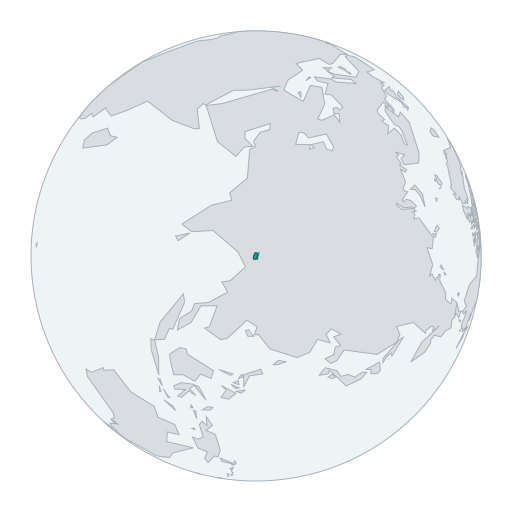 globe centered on Rangpur, rotated 80°
{"feature_id": "BGD-5492", "entity_name": "Rangpur", "entity_type": "Division", "adm_level": 1, "iso_a3": "BGD", "parent_name": "Bangladesh", "parent_adm1": "", "projection": "orthographic", "projection_center": [88.983, 25.892], "detail": "fine", "context": "on_globe", "style": "filled", "palette": "teal", "viewbox_px": 512, "rotation_deg": 80, "n_neighbors": 0, "source": "natural_earth", "source_scale": "10m", "svg_char_len": 11949}
<svg xmlns="http://www.w3.org/2000/svg" viewBox="0 0 512 512"><g transform="rotate(80 256 256)"><circle cx="256" cy="256" r="225" fill="#eef3f6" stroke="#a8b0b8"/><path d="M337.9,46.1L337.2,45.9L347.0,52.2L356.7,57.3L349.4,54.3L372.3,66.9L381.9,75.2L367.0,64.1L362.3,61.8L366.7,66.2L362.9,64.9L362.8,66.5L357.8,64.8L349.4,59.2L346.0,58.1L349.4,61.4L346.5,62.3L342.1,57.5L336.5,58.7L321.6,51.0L313.8,42.1L301.4,38.8L282.6,32.9L280.2,33.0L271.5,31.8L265.5,31.6L263.7,31.2L260.5,31.6L263.3,32.1L262.8,32.6L259.5,32.8L256.7,32.0L257.9,31.8L255.4,31.7L255.3,31.4L253.5,31.6L250.4,31.1L248.6,32.0L242.1,32.0L241.3,31.6L247.8,31.1L254.2,30.7L271.3,31.2L288.3,33.1L305.2,36.1L321.7,40.5L337.9,46.1ZM364.6,61.7L361.7,59.4L365.8,62.1L364.6,61.7ZM363.7,67.1L365.7,68.2L364.8,68.6L363.7,67.1ZM356.3,66.6L354.2,67.2L354.9,65.5L356.3,66.6ZM249.0,30.8L247.7,31.0L237.1,31.5L237.4,31.5L249.0,30.8ZM352.1,66.9L347.2,69.1L351.3,71.6L336.9,66.2L345.8,65.8L346.0,63.2L348.6,65.6L352.1,66.9ZM265.6,32.2L262.5,31.7L268.1,32.1L265.6,32.2ZM269.3,32.4L287.3,34.1L290.2,35.4L283.6,34.3L289.9,36.4L282.5,36.1L277.4,35.0L276.9,34.0L274.5,34.7L269.3,32.4ZM329.7,63.2L327.3,63.1L328.2,62.2L329.7,63.2ZM263.0,32.8L266.4,32.8L269.2,33.9L263.0,34.1L264.1,33.6L263.0,32.8ZM295.1,37.2L296.1,38.3L290.4,38.3L290.0,38.8L282.6,36.2L295.1,37.2ZM261.8,33.5L259.7,34.2L255.4,34.0L259.9,32.9L261.8,33.5ZM272.6,34.2L273.6,34.8L271.0,34.5L272.6,34.2ZM239.0,34.3L243.0,33.9L244.8,34.3L239.0,34.3ZM259.3,34.5L260.8,34.6L261.9,34.9L259.7,35.3L259.3,34.5ZM279.1,36.6L276.5,36.5L281.8,37.6L277.7,38.0L273.5,36.4L273.6,37.2L272.4,37.4L270.3,35.9L279.1,36.6ZM261.0,36.6L254.2,35.3L246.5,35.7L244.6,35.2L257.4,34.7L261.0,36.6ZM266.7,36.3L262.7,36.3L262.5,35.5L265.0,35.0L266.7,36.3ZM276.5,39.0L283.8,38.8L284.5,39.2L276.5,39.0ZM258.8,36.9L260.5,37.2L258.3,37.0L258.8,36.9ZM271.1,38.4L273.6,38.2L274.3,38.7L271.1,38.4ZM261.8,38.3L259.6,37.8L261.2,37.3L261.8,38.3ZM266.1,38.5L266.5,39.2L263.1,37.5L267.1,38.3L266.1,38.5ZM271.4,38.9L272.6,39.1L270.2,38.9L271.4,38.9ZM256.8,40.7L252.2,38.7L255.8,37.5L259.8,39.6L256.8,40.7ZM58.2,148.1L73.9,130.7L71.9,137.7L79.9,147.3L79.9,150.8L72.4,159.4L73.3,183.1L81.2,177.8L88.4,194.1L97.4,199.8L112.0,182.7L97.4,172.8L101.3,161.9L118.1,161.8L131.8,171.4L133.8,167.6L130.5,154.4L139.1,150.2L130.0,149.5L129.6,154.5L123.9,154.5L123.9,150.0L126.9,148.5L124.4,144.4L110.5,153.7L108.6,159.8L98.5,155.1L94.4,165.2L89.7,167.3L94.9,151.2L98.6,146.9L103.5,127.7L98.7,131.6L93.7,150.4L92.8,147.5L86.3,154.1L90.6,146.9L97.4,126.4L91.9,122.7L75.4,133.4L74.1,131.0L77.5,123.6L93.1,107.2L94.0,114.7L99.6,110.0L107.6,99.7L107.2,103.2L110.5,100.2L111.7,103.1L121.4,99.8L123.8,102.3L135.4,94.7L138.2,95.2L130.5,99.4L126.5,104.0L133.4,111.4L137.0,110.9L144.0,105.6L145.0,108.7L150.9,102.7L158.7,105.1L154.1,97.5L162.2,92.1L171.1,90.6L172.9,87.7L158.4,90.4L153.3,92.8L150.3,97.0L135.8,103.7L131.7,102.7L143.8,91.3L139.4,89.0L150.7,81.9L183.1,77.5L192.6,79.6L191.9,94.1L185.2,96.3L182.1,91.9L177.8,100.8L181.6,97.7L182.4,100.6L190.4,97.0L191.3,99.0L197.3,92.5L199.4,94.5L195.6,98.6L209.1,95.9L215.5,99.6L218.1,98.1L219.1,95.5L226.6,102.4L228.2,101.0L226.3,98.2L228.2,93.9L234.6,89.3L236.8,91.9L234.8,93.9L234.1,102.5L228.5,108.0L230.1,108.7L235.5,104.5L236.4,94.0L239.5,90.5L240.1,95.2L240.1,93.2L242.4,92.3L246.8,94.1L246.7,88.9L268.7,78.2L279.4,81.3L277.4,86.1L295.2,83.5L305.9,88.6L304.1,85.8L311.5,83.5L308.3,81.8L308.0,80.4L325.4,75.5L331.2,76.9L336.8,73.0L335.9,71.8L331.8,70.4L336.9,66.2L351.3,71.6L352.6,74.1L360.7,76.4L362.5,82.0L367.8,88.1L365.0,93.9L369.4,98.8L372.1,99.2L380.1,106.7L387.2,121.9L369.6,107.6L356.5,87.5L360.8,95.2L356.3,93.1L355.7,95.8L359.0,101.7L361.6,102.5L348.8,112.5L349.8,129.9L358.3,127.9L365.3,132.5L373.9,153.8L363.9,185.5L373.1,194.6L374.8,201.1L369.2,205.9L366.6,196.4L359.5,193.8L358.9,188.0L349.1,193.6L347.8,185.7L340.8,194.5L345.2,200.5L354.4,198.0L348.8,209.8L360.2,219.8L363.2,233.1L350.0,258.4L333.9,267.1L333.3,271.4L326.0,267.1L317.6,276.1L332.2,298.7L332.2,305.4L318.1,319.1L317.5,314.2L298.2,302.9L295.5,319.0L310.2,331.5L315.2,346.3L304.4,342.2L299.1,329.1L292.3,324.7L293.5,310.8L286.7,290.1L275.6,294.2L275.9,285.7L264.8,268.2L248.7,273.2L223.4,294.0L220.9,315.1L211.7,323.4L198.3,291.3L196.9,270.1L189.2,270.9L177.8,251.0L149.7,243.5L148.3,237.4L142.5,238.4L134.9,230.3L133.8,220.4L128.0,219.0L131.6,245.1L138.1,246.7L147.2,240.1L146.7,248.7L154.4,258.5L136.6,274.1L99.2,278.9L100.0,262.5L94.5,211.3L97.1,207.0L97.3,206.5L97.5,205.4L92.4,211.9L93.0,202.1L91.1,236.1L88.9,249.3L98.6,279.7L96.6,281.4L101.1,288.4L120.7,289.7L119.9,294.8L107.9,314.9L84.6,335.8L90.2,357.9L92.9,374.3L84.1,378.8L90.7,392.2L86.9,393.0L90.6,399.9L90.8,404.3L89.2,406.0L80.1,396.8L75.0,390.0L63.4,372.8L45.4,334.8L42.8,322.6L40.1,310.1L34.1,276.7L35.0,263.6L34.6,255.3L33.0,252.7L33.0,243.0L32.5,240.2L31.9,233.4L34.4,215.6L38.3,198.1L43.6,180.9L50.3,164.2L58.2,148.1ZM60.4,146.8L58.3,150.3L58.2,150.3L60.4,146.8ZM141.8,192.3L152.9,197.6L155.7,183.5L160.3,184.6L159.5,179.6L155.9,182.5L155.3,169.5L162.9,168.1L165.6,162.6L161.9,160.6L148.1,165.5L148.8,183.7L142.9,187.6L141.8,192.3ZM128.1,83.3L125.8,86.3L121.4,88.7L118.4,87.2L124.7,83.5L128.1,83.3ZM123.6,90.1L136.4,80.1L138.8,81.2L135.3,82.2L135.6,83.9L130.0,86.0L119.8,97.5L115.2,100.5L112.2,95.2L115.7,95.0L117.7,91.8L123.6,90.1ZM165.0,58.2L170.6,55.3L168.5,61.0L163.5,63.1L160.2,61.3L164.1,57.9L165.0,58.2ZM232.5,32.5L234.7,32.2L235.5,32.2L234.3,32.6L232.5,32.5ZM240.8,34.0L223.4,34.6L225.1,34.1L212.9,35.9L212.6,35.3L220.6,34.0L211.2,35.3L218.3,34.0L211.5,35.2L229.1,32.4L235.1,31.7L228.5,32.6L228.6,33.0L230.4,33.0L240.0,32.7L252.9,32.1L255.0,33.0L253.1,33.8L250.3,34.1L249.8,33.3L246.5,34.2L243.6,33.4L240.8,34.0ZM229.2,50.7L229.8,48.4L222.5,52.8L219.7,50.8L219.0,51.5L214.4,51.1L207.6,51.9L207.3,50.8L204.8,51.6L201.6,51.6L198.1,52.5L196.2,51.0L191.8,52.1L193.4,50.9L186.2,53.2L190.7,50.9L187.1,51.0L184.7,53.2L183.1,46.0L178.9,45.8L173.0,47.3L181.5,43.8L192.5,40.7L203.4,38.7L206.2,39.8L209.5,38.4L211.8,38.7L208.2,39.7L215.1,38.3L216.1,38.9L225.8,39.0L235.2,37.4L239.0,37.7L235.8,38.6L241.8,38.3L238.3,40.4L240.9,40.8L240.0,43.6L232.3,45.7L235.8,46.0L235.3,48.5L229.2,50.7ZM256.3,41.5L247.7,43.7L241.9,44.0L245.8,39.2L243.9,38.5L246.2,36.1L254.6,36.0L253.2,36.6L253.7,37.2L250.9,37.0L253.6,37.7L251.7,38.7L253.3,39.6L250.1,40.0L256.3,41.5ZM83.7,149.1L84.4,150.9L86.4,152.6L82.3,157.0L83.7,149.1ZM88.0,135.0L89.2,135.6L84.4,142.1L83.7,140.5L88.0,135.0ZM94.0,130.8L89.7,135.2L91.6,131.8L94.0,130.8ZM132.0,99.8L133.8,100.5L132.4,101.9L129.5,103.3L132.0,99.8ZM207.1,65.7L208.4,63.7L209.9,63.6L216.3,60.1L219.0,61.6L216.1,64.3L207.1,65.7ZM107.2,184.3L102.2,186.3L101.9,183.6L103.7,183.4L107.2,184.3ZM89.8,171.1L91.9,176.6L88.7,172.3L89.8,171.1ZM211.1,66.7L213.4,65.0L213.3,66.9L211.1,66.7ZM221.2,62.6L221.8,64.5L220.0,61.4L221.2,62.6ZM205.0,469.2L209.3,470.8L205.7,470.3L205.0,469.2ZM120.7,383.5L119.6,407.9L111.8,404.7L106.5,395.8L104.3,379.9L112.2,378.6L115.0,372.2L120.7,383.5ZM367.0,373.7L372.9,373.4L372.6,374.4L367.0,373.7ZM361.0,371.6L367.8,370.8L359.6,373.8L361.0,371.6ZM370.5,370.4L377.4,367.4L380.5,365.4L379.8,367.3L370.5,370.4ZM356.2,372.4L329.8,375.4L319.1,373.9L321.8,370.4L339.0,369.6L356.2,372.4ZM320.9,370.3L304.4,361.9L280.6,334.0L289.2,334.4L313.8,350.7L312.2,353.8L322.2,360.7L320.9,370.3ZM360.3,348.4L358.6,357.5L344.2,358.6L337.5,357.9L332.9,347.0L335.5,340.9L341.0,340.5L361.5,317.7L368.8,321.5L362.7,331.0L368.7,338.0L360.3,348.4ZM221.9,317.2L227.4,330.1L222.4,331.7L221.9,317.2ZM369.1,302.0L361.3,312.3L368.2,299.1L369.1,302.0ZM372.8,289.9L373.6,294.4L370.0,290.5L372.8,289.9ZM333.7,277.9L327.9,279.5L327.4,276.2L334.6,272.2L333.7,277.9ZM365.5,244.4L366.7,254.2L366.0,257.7L362.7,252.2L365.5,244.4ZM237.0,81.0L225.1,83.8L218.3,87.7L217.2,92.4L213.6,87.3L224.1,81.3L237.0,81.0ZM264.6,78.1L265.4,74.5L268.4,75.7L268.7,76.7L264.6,78.1ZM262.7,76.2L257.4,72.7L260.2,70.5L263.8,73.7L262.7,76.2ZM233.9,68.6L230.2,69.2L230.4,67.6L233.9,68.6ZM393.0,434.4L397.2,430.1L402.5,426.6L396.6,431.8L393.0,434.4ZM385.4,423.9L345.5,442.8L337.8,443.0L342.0,438.3L339.4,425.7L342.2,425.6L343.2,416.0L368.0,402.9L386.5,382.3L397.7,380.5L407.8,365.3L418.6,362.7L413.9,373.8L423.3,376.3L434.0,351.0L435.5,372.0L439.5,376.3L435.5,388.7L412.5,417.0L403.3,424.9L403.5,423.8L399.1,427.4L395.2,428.9L396.8,423.5L392.4,426.9L398.4,420.5L391.2,427.0L390.9,423.5L385.4,423.9ZM460.4,349.5L460.8,349.1L460.2,351.2L459.6,352.2L460.4,349.5ZM468.1,330.8L468.0,331.7L467.6,332.6L468.1,330.8ZM468.0,330.7L469.0,327.8L468.3,330.2L468.0,330.7ZM467.3,322.8L468.0,320.9L468.1,321.6L467.3,322.8ZM381.5,371.8L390.0,363.5L394.3,361.9L381.5,371.8ZM466.9,320.9L465.6,322.1L465.9,320.6L466.9,320.9ZM467.4,317.8L467.5,316.1L467.8,319.5L467.4,317.8ZM465.1,316.2L466.6,317.9L464.9,316.8L465.1,316.2ZM464.0,317.6L462.7,317.2L462.8,316.6L464.0,317.6ZM445.7,331.5L451.0,339.1L446.0,341.6L440.6,337.8L435.0,346.4L423.2,350.0L426.4,344.9L425.1,339.4L412.1,341.1L409.5,337.8L414.4,333.7L405.4,332.9L415.3,328.3L419.1,335.5L424.5,327.2L433.4,325.7L441.5,325.1L447.3,328.3L445.7,331.5ZM414.7,346.7L416.4,346.2L414.8,349.1L414.7,346.7ZM460.2,314.7L462.1,317.2L461.7,318.4L460.8,318.5L460.2,314.7ZM448.8,326.2L455.4,315.9L456.8,315.2L452.3,325.3L448.8,326.2ZM454.1,312.3L456.9,311.6L458.1,314.6L457.5,316.1L454.1,312.3ZM394.5,344.4L394.1,346.9L391.4,345.7L394.5,344.4ZM398.1,342.2L406.0,342.7L397.3,344.4L398.1,342.2ZM372.7,339.3L375.2,344.4L383.1,339.4L377.1,345.6L382.2,353.7L380.2,357.4L375.2,348.6L373.0,359.1L369.4,359.5L367.8,351.2L371.5,339.9L375.0,334.9L389.2,330.3L372.7,339.3ZM398.1,335.5L396.0,329.5L397.5,324.8L399.9,327.7L398.1,335.5ZM389.1,315.1L382.8,308.6L377.5,312.5L387.8,299.6L392.2,308.0L389.1,315.1ZM383.1,299.1L378.2,302.8L383.0,295.5L383.1,299.1ZM376.7,300.4L375.7,295.1L379.8,295.1L376.7,300.4ZM385.8,298.9L386.0,289.5L388.5,294.5L385.8,298.9ZM372.9,283.2L382.4,290.6L370.8,288.8L368.4,271.0L373.2,269.8L372.9,283.2ZM387.8,206.0L385.5,201.2L389.3,199.1L389.8,203.0L387.8,206.0ZM399.7,189.7L389.6,197.1L381.1,203.7L384.7,205.4L384.4,214.5L378.1,207.3L382.7,196.5L389.4,193.1L388.6,185.8L392.5,179.8L388.8,171.3L389.9,167.1L395.3,174.0L399.7,189.7ZM386.9,167.9L382.0,152.8L390.0,153.2L392.9,156.6L391.8,163.2L387.6,162.5L386.9,167.9ZM383.1,149.4L379.0,148.8L363.1,129.1L361.7,125.2L378.1,139.5L375.1,139.9L377.6,144.9L383.1,149.4ZM329.0,64.4L327.4,63.2L330.0,64.0L329.0,64.4ZM306.0,79.6L306.1,77.8L309.1,78.4L306.0,79.6ZM307.8,73.3L304.4,73.7L307.1,72.1L307.8,73.3ZM297.0,75.2L302.6,73.4L298.6,76.7L297.0,75.2Z" fill="#d9dde1" stroke="#a8b0b8" stroke-width="1"/><path d="M258.9,257.8L258.8,258.0L258.7,258.2L258.7,258.4L258.7,258.5L258.5,258.9L258.2,258.8L257.9,258.8L257.5,258.7L257.3,258.7L257.1,258.8L257.0,258.7L256.9,258.5L256.9,258.4L256.7,258.3L256.3,258.3L256.0,258.3L255.8,258.3L255.7,258.3L255.6,258.2L255.4,258.1L255.3,257.9L255.4,257.7L255.1,257.5L254.9,257.7L254.7,257.6L254.4,257.5L254.3,257.4L254.2,257.4L254.1,257.2L254.0,256.9L253.9,256.8L253.7,256.6L253.4,256.4L253.2,256.4L252.9,256.4L252.8,256.2L252.8,255.9L252.9,255.6L253.0,255.5L253.1,255.4L253.0,255.2L253.2,254.9L253.3,254.9L253.6,254.8L253.7,254.7L253.8,254.4L254.0,254.2L254.3,254.2L254.2,253.9L254.1,253.7L253.9,253.7L253.7,253.7L253.7,253.8L253.7,253.7L253.8,253.3L253.8,253.2L253.9,253.3L254.0,253.4L254.1,253.5L254.3,253.6L254.5,253.7L254.6,253.8L254.8,253.9L254.8,254.0L255.0,254.2L255.0,254.3L254.8,254.5L255.2,254.4L255.3,254.5L255.5,254.7L255.9,254.7L256.0,254.7L256.1,254.4L255.9,254.3L255.9,254.2L255.7,254.1L255.8,253.9L256.0,253.9L256.0,254.0L256.3,254.1L256.4,254.3L256.3,254.5L256.5,254.9L256.5,255.0L256.8,255.1L256.9,255.3L257.0,255.4L257.1,255.5L257.3,255.6L257.5,255.6L257.8,255.6L258.0,255.7L258.2,255.4L258.2,255.2L258.1,254.9L258.2,254.7L258.3,254.7L258.4,254.8L258.4,255.0L258.5,255.0L258.7,255.3L258.8,255.5L259.0,255.6L258.9,255.7L258.9,255.8L259.0,255.8L258.8,256.2L258.8,256.3L258.9,256.6L259.0,256.8L259.0,257.0L259.0,257.3L259.0,257.6L258.9,257.8Z" fill="#14b8a6" stroke="#0f766e" stroke-width="1.5"/></g></svg>